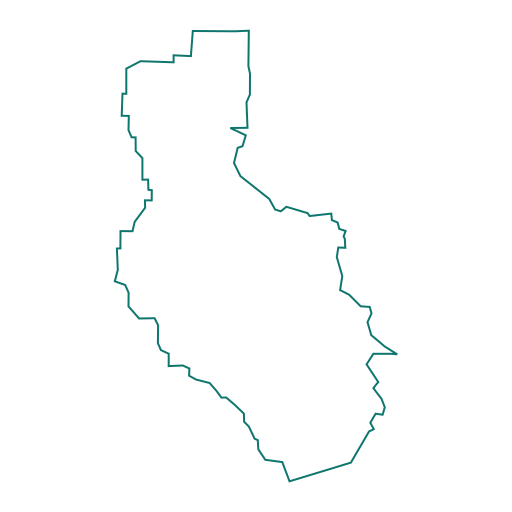 the district of Lake, California, United States of America
{"feature_id": "52423323B37417643745911", "entity_name": "Lake", "entity_type": "district", "adm_level": 2, "iso_a3": "USA", "parent_name": "United States of America", "parent_adm1": "California", "projection": "equal_earth", "projection_center": [-122.747, 39.124], "detail": "fine", "context": "isolated", "style": "outline", "palette": "teal", "viewbox_px": 512, "rotation_deg": 0, "n_neighbors": 0, "source": "geoboundaries", "source_scale": "gbopen_adm2", "svg_char_len": 1445}
<svg xmlns="http://www.w3.org/2000/svg" viewBox="0 0 512 512"><path d="M192.8,31.0L190.9,56.1L173.6,55.3L173.6,62.3L140.5,61.2L126.3,68.6L126.3,93.8L122.5,93.7L121.7,115.8L128.8,115.9L128.5,130.1L131.6,137.3L135.6,137.4L135.7,151.0L142.4,158.1L142.4,179.7L148.1,179.6L148.4,189.8L151.8,190.2L151.7,200.4L145.0,200.3L145.1,207.8L134.7,221.8L132.5,231.2L120.5,231.1L120.4,248.4L116.9,248.5L117.8,269.8L114.8,281.3L125.2,285.0L128.6,292.7L128.5,306.4L139.1,318.5L154.6,318.2L158.1,325.3L157.9,343.2L160.9,350.1L168.7,353.7L168.7,366.1L182.8,365.5L189.4,368.5L189.1,375.7L195.9,379.5L209.6,383.0L216.5,390.9L221.4,397.6L226.2,397.5L235.0,405.1L243.9,413.6L244.1,421.7L248.9,426.6L254.6,438.7L257.8,440.1L258.3,449.3L265.3,459.8L282.3,462.1L289.5,481.3L350.9,462.6L369.0,431.5L373.8,429.1L370.3,422.7L375.6,413.7L382.6,414.7L384.8,407.3L381.6,399.0L373.4,388.2L376.7,383.9L378.3,382.1L366.6,364.4L373.3,353.8L391.8,353.8L397.2,354.3L384.9,346.6L371.3,335.2L367.5,322.2L371.5,313.4L369.7,306.9L360.7,306.3L349.1,294.7L340.1,290.1L342.3,276.1L336.8,257.1L338.3,247.5L345.3,247.8L344.8,238.8L343.6,236.4L345.6,231.0L339.3,228.9L337.6,222.5L331.9,220.1L331.3,213.6L309.6,216.0L307.6,213.1L286.4,206.8L280.8,211.3L275.1,209.5L269.3,199.0L240.4,176.1L234.0,163.0L237.7,147.8L242.5,146.2L245.8,135.3L230.3,128.0L247.5,127.8L246.5,102.3L249.9,94.6L250.0,73.7L248.4,66.2L248.8,30.7L235.0,31.3L192.8,31.0Z" fill="none" stroke="#0f766e" stroke-width="2"/></svg>